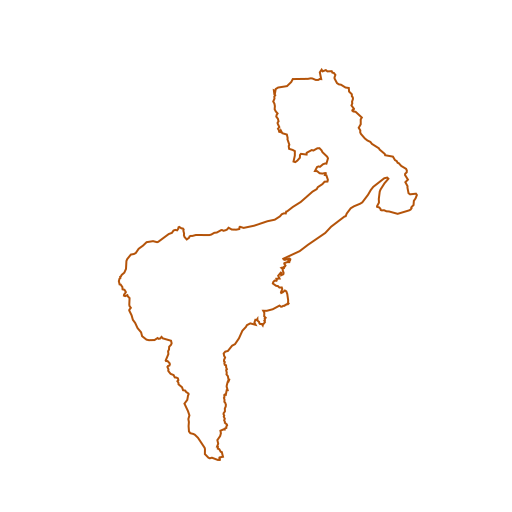 San Luis, Tolima, Colombia, rotated 31°
{"feature_id": "7082276B12035827893700", "entity_name": "San Luis", "entity_type": "district", "adm_level": 2, "iso_a3": "COL", "parent_name": "Colombia", "parent_adm1": "Tolima", "projection": "albers", "projection_center": [-75.105, 4.126], "detail": "fine", "context": "isolated", "style": "outline", "palette": "amber", "viewbox_px": 512, "rotation_deg": 31, "n_neighbors": 0, "source": "geoboundaries", "source_scale": "gbopen_adm2", "svg_char_len": 6103}
<svg xmlns="http://www.w3.org/2000/svg" viewBox="0 0 512 512"><g transform="rotate(31 256 256)"><path d="M186.0,104.8L188.5,108.0L189.7,108.3L189.6,110.0L190.8,111.6L191.2,114.7L193.3,115.9L195.0,117.8L196.4,120.6L198.5,121.9L201.1,122.7L201.0,124.4L201.6,126.1L204.1,127.1L206.0,129.0L205.8,130.4L206.3,131.3L209.6,133.5L209.3,135.6L210.7,136.3L211.9,137.6L212.9,137.3L212.6,135.6L215.3,137.2L219.9,136.0L222.4,138.6L222.8,139.7L227.3,143.5L227.4,144.9L229.2,147.1L232.8,146.2L235.3,146.1L237.6,150.0L239.5,155.7L241.3,155.3L242.3,153.0L243.0,149.2L241.7,146.8L241.9,145.3L247.1,143.0L246.3,141.4L249.2,136.5L250.9,136.0L253.1,132.1L254.9,130.9L257.8,131.7L259.5,132.8L265.8,134.2L267.4,135.2L268.8,140.6L267.7,141.0L266.2,142.8L264.9,146.6L263.5,147.0L262.5,148.3L262.8,152.8L264.7,151.8L267.9,152.3L270.6,151.1L272.6,149.2L273.2,149.1L273.4,151.1L274.8,150.6L278.4,153.7L278.9,155.4L276.5,157.0L275.9,160.2L273.5,165.2L273.6,167.4L271.3,171.7L266.5,186.7L262.3,195.0L259.7,201.7L259.0,202.4L259.6,204.2L258.0,205.0L256.6,206.9L256.1,209.7L253.4,215.2L247.9,220.3L238.8,231.0L230.9,238.3L227.2,239.2L227.0,239.7L227.8,241.5L225.5,243.6L221.6,245.8L217.9,245.9L217.6,248.1L216.8,249.4L215.2,251.1L213.4,251.3L212.8,251.8L210.3,256.1L208.3,257.6L206.6,260.7L205.1,262.2L193.7,268.9L191.2,271.5L189.6,272.5L189.0,273.4L189.2,274.9L188.1,277.5L184.9,276.5L183.5,275.3L182.8,273.8L180.7,271.7L180.3,270.5L179.1,270.1L177.9,270.7L175.2,270.6L174.8,271.3L175.3,272.6L175.2,274.6L173.4,275.2L172.2,276.6L172.0,279.5L169.9,282.1L164.9,294.2L164.1,295.1L160.1,296.3L155.1,300.5L153.8,305.3L151.7,310.2L151.4,315.4L150.3,317.2L148.0,319.2L147.2,325.0L147.5,327.0L151.2,334.0L151.7,338.1L150.6,341.4L150.7,343.0L150.3,343.8L151.1,344.7L150.7,345.8L151.4,348.2L153.7,350.6L154.7,350.2L157.4,351.4L158.8,353.3L160.6,352.7L162.7,353.7L163.1,354.1L162.8,357.0L163.2,358.0L164.5,357.8L165.9,355.8L166.9,356.6L169.3,357.2L172.4,362.9L173.3,364.0L175.4,364.9L175.1,367.3L175.4,368.0L179.9,370.9L183.3,374.1L186.9,375.6L191.6,378.8L196.8,380.6L199.7,383.4L205.2,384.1L207.6,383.3L212.3,380.3L213.9,377.0L215.1,377.2L216.3,376.2L216.7,374.0L218.5,374.6L226.8,372.4L228.6,374.2L228.9,375.8L228.3,378.5L229.6,381.0L229.7,382.9L231.4,385.2L232.4,392.1L233.0,392.4L234.3,391.6L237.1,392.4L237.9,393.1L238.2,394.5L237.2,395.7L237.2,396.7L239.3,398.2L239.9,399.6L241.0,400.1L243.5,401.0L246.7,400.5L248.9,401.9L250.4,401.2L252.1,401.1L253.4,402.4L253.1,403.8L254.7,404.5L255.7,405.9L260.2,406.6L262.6,408.6L264.7,407.8L266.0,408.5L269.0,408.7L269.5,409.3L269.6,410.6L271.2,414.7L270.7,419.4L277.6,424.0L281.0,426.9L282.0,430.6L284.0,432.9L285.8,436.5L288.9,440.9L291.0,441.7L294.0,440.8L295.6,440.7L299.9,441.7L310.8,446.9L311.7,447.8L314.2,452.1L319.1,453.4L320.6,453.2L322.1,451.6L328.2,450.5L330.0,449.5L329.7,448.7L328.6,448.1L328.5,447.4L331.1,445.1L327.7,441.7L326.6,442.0L324.0,440.5L322.5,440.8L321.6,439.2L320.8,439.5L320.3,436.4L317.7,433.7L318.0,428.8L317.2,426.0L315.5,424.1L317.2,421.7L318.5,420.9L318.0,420.2L319.1,418.7L318.3,417.2L318.5,416.1L317.8,415.4L315.2,415.0L314.8,414.2L313.3,413.2L313.1,411.6L311.1,410.3L310.9,409.1L309.7,408.4L309.2,407.5L309.4,405.2L307.8,402.7L307.6,400.7L306.8,399.0L305.1,397.6L304.0,397.3L303.1,395.5L301.6,394.1L301.6,393.2L300.4,391.5L300.5,390.9L301.6,390.6L300.0,386.1L300.8,385.6L298.1,383.1L297.6,382.0L296.6,378.6L297.0,378.2L296.5,377.5L297.0,377.0L296.7,375.7L295.8,375.8L293.8,373.5L291.7,372.7L291.1,371.2L289.2,369.2L289.4,368.0L287.9,367.0L286.6,365.1L285.3,365.4L284.0,364.1L283.9,363.0L282.7,362.6L282.1,361.4L281.8,358.9L280.1,358.0L278.5,356.2L278.9,353.8L280.8,351.9L281.7,345.2L283.4,342.4L283.8,335.4L282.8,327.0L283.9,322.0L283.8,320.0L285.8,316.7L291.1,315.2L288.9,313.8L288.3,311.0L289.5,310.5L289.6,309.2L290.5,310.6L292.5,310.9L293.7,312.0L294.5,312.2L296.0,311.3L297.5,312.0L297.1,310.6L297.5,310.1L297.7,308.0L296.4,307.1L296.7,306.3L295.7,305.2L296.1,304.0L294.1,303.5L292.3,300.3L290.4,299.2L293.4,297.5L297.8,293.0L301.7,286.4L303.6,286.6L304.4,285.9L305.0,284.7L306.1,284.0L306.4,282.6L307.3,281.9L307.4,281.0L308.2,280.8L308.4,279.9L307.6,279.6L306.3,277.3L302.4,272.5L300.2,270.7L298.5,270.7L297.6,273.4L296.7,274.7L296.1,274.3L295.6,270.9L294.3,269.7L292.3,271.0L290.2,270.5L288.6,271.2L284.6,270.9L284.2,269.5L284.6,267.5L286.3,266.7L286.2,265.9L285.2,265.0L287.8,263.2L285.2,261.5L285.8,257.4L286.3,257.4L287.5,259.5L288.8,257.6L288.4,256.3L286.2,254.4L285.6,253.4L283.9,253.1L284.4,252.4L285.8,252.4L286.2,252.0L285.6,250.8L286.2,250.2L286.2,249.0L284.2,248.1L284.0,247.5L285.9,245.2L287.7,244.1L287.5,243.6L286.3,243.4L286.5,242.6L287.4,242.1L287.1,241.1L286.0,240.9L282.7,244.5L281.5,244.7L280.8,244.3L290.9,229.4L294.8,219.6L303.5,200.6L305.3,192.2L311.5,176.6L312.4,175.7L311.9,172.9L312.6,166.3L314.4,162.9L318.3,157.6L319.5,155.3L320.5,145.8L320.4,140.3L320.9,136.3L325.9,123.3L328.1,121.2L329.7,121.6L328.7,127.4L328.5,134.9L328.9,137.1L331.9,143.9L333.9,146.9L334.1,151.0L334.5,151.5L336.7,150.9L338.4,151.5L339.2,152.3L340.1,152.2L342.3,150.8L344.8,150.5L347.1,149.3L355.7,146.9L363.7,138.1L364.6,136.6L364.7,134.9L364.2,134.6L364.1,133.8L364.8,131.2L362.9,127.4L363.1,124.6L362.5,120.9L361.0,120.2L356.3,123.8L354.4,123.6L350.6,119.4L349.9,118.1L346.0,115.8L346.9,112.3L342.0,109.8L341.5,108.6L342.1,106.7L341.3,105.1L339.8,104.0L334.1,104.0L330.5,102.9L329.4,103.2L327.8,102.2L325.7,102.2L322.2,100.3L314.8,103.1L313.8,102.2L307.1,101.1L305.9,100.4L297.6,100.2L295.3,99.3L291.9,99.6L288.8,99.2L283.0,97.3L281.6,96.3L280.7,94.6L278.0,93.2L277.9,89.1L275.4,85.0L275.4,82.8L267.1,81.1L265.0,82.0L263.7,81.8L263.5,80.9L264.3,80.0L264.2,79.4L260.3,77.8L259.9,75.5L258.9,74.4L258.2,71.4L257.2,70.1L256.0,69.8L254.8,68.0L251.1,67.1L249.0,64.2L245.9,65.5L240.7,65.4L238.6,66.2L236.4,66.1L231.9,63.4L231.3,62.5L230.8,59.9L228.5,59.0L227.0,59.5L225.7,58.6L222.1,61.0L220.1,60.7L218.0,63.4L216.3,62.5L216.1,65.7L220.8,70.8L219.4,71.5L218.8,72.9L216.6,74.3L212.9,74.8L211.4,75.5L209.3,77.4L196.4,85.4L196.6,88.7L195.1,94.4L188.2,100.2L186.9,102.7L187.9,105.3L186.9,104.7L186.0,104.8Z" fill="none" stroke="#b45309" stroke-width="2"/></g></svg>